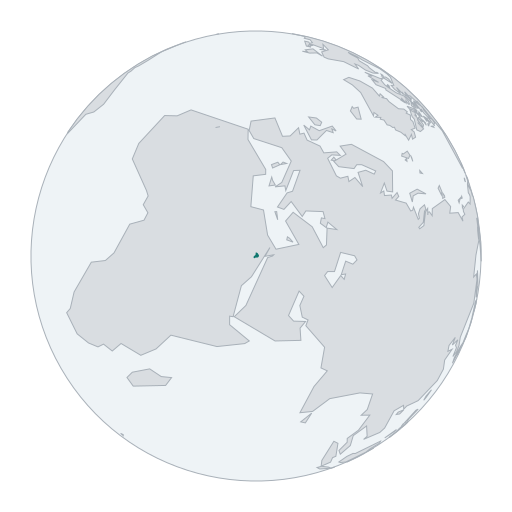 Qina highlighted on a globe, orthographic projection, rotated 60°
{"feature_id": "EGY-1551", "entity_name": "Qina", "entity_type": "Governorate", "adm_level": 1, "iso_a3": "EGY", "parent_name": "Egypt", "parent_adm1": "", "projection": "orthographic", "projection_center": [32.546, 25.704], "detail": "fine", "context": "on_globe", "style": "filled", "palette": "teal", "viewbox_px": 512, "rotation_deg": 60, "n_neighbors": 0, "source": "natural_earth", "source_scale": "10m", "svg_char_len": 10809}
<svg xmlns="http://www.w3.org/2000/svg" viewBox="0 0 512 512"><g transform="rotate(60 256 256)"><circle cx="256" cy="256" r="225" fill="#eef3f6" stroke="#a8b0b8"/><path d="M279.7,32.0L278.9,31.9L278.1,31.8L285.2,32.7L288.7,33.4L278.4,32.0L283.5,33.3L267.4,32.8L240.6,32.1L231.1,33.9L202.0,39.2L204.1,39.4L194.4,42.5L193.2,44.0L188.1,45.2L191.5,45.5L196.4,44.2L199.5,44.1L199.3,45.0L192.8,46.5L191.9,46.2L189.9,47.2L186.8,47.6L188.2,48.0L180.3,50.0L187.6,49.6L181.0,52.6L175.9,53.6L177.1,51.3L168.3,50.2L163.5,51.6L155.5,55.3L139.2,66.0L133.6,68.9L125.6,74.4L128.3,73.4L135.5,68.9L138.6,69.0L147.1,64.2L149.6,63.8L158.1,60.2L156.0,63.3L149.4,68.4L142.3,71.8L139.2,74.3L145.4,73.6L131.5,82.9L121.3,95.0L117.8,97.6L112.1,97.1L113.6,90.3L106.2,92.2L110.2,93.8L101.4,101.1L99.6,103.8L99.6,105.4L102.6,104.0L99.4,107.4L94.3,106.4L97.1,103.3L98.7,103.4L99.4,100.5L95.8,101.0L91.6,105.3L90.7,103.5L87.7,106.7L85.9,108.6L90.7,103.3L82.0,113.1L81.4,113.6L92.0,101.6L103.3,90.4L115.4,80.0L128.2,70.5L141.7,61.9L155.7,54.3L170.2,47.7L185.2,42.1L200.5,37.7L216.1,34.3L231.9,32.0L247.8,30.9L263.8,30.9L279.7,32.0ZM35.6,209.6L35.3,210.8L35.0,212.5L35.6,209.6ZM34.8,213.3L31.9,235.4L32.6,251.5L32.7,262.6L32.3,266.7L33.4,271.8L33.5,275.4L41.4,295.5L48.4,312.1L50.2,324.4L48.2,332.5L55.6,357.6L54.7,357.1L47.8,342.1L42.1,326.7L37.5,311.0L34.1,294.9L31.9,278.7L30.8,262.3L30.9,245.9L32.3,229.5L34.8,213.3ZM158.6,58.9L158.3,59.6L156.9,59.8L158.6,58.9ZM162.6,56.9L161.1,56.8L162.8,55.8L163.6,55.9L162.6,56.9ZM294.5,34.0L296.9,34.5L292.7,33.7L294.5,34.0ZM164.0,57.3L165.9,54.2L168.9,52.7L174.6,51.8L164.0,57.3ZM297.2,34.7L303.3,36.6L307.3,37.2L299.5,37.0L296.9,35.1L291.0,33.8L295.7,34.6L297.2,34.7ZM198.0,43.4L192.9,44.8L197.4,42.8L198.0,43.4ZM200.2,42.2L209.7,37.5L217.3,36.3L212.5,37.9L222.5,36.2L221.5,37.8L215.8,39.2L211.1,39.5L214.3,40.0L200.2,42.2ZM294.2,36.8L294.2,37.3L292.3,36.6L294.2,36.8ZM201.1,43.9L202.4,42.8L209.0,41.7L207.7,43.6L206.0,43.3L201.1,43.9ZM225.6,35.1L230.3,34.8L230.7,36.0L232.6,36.2L222.1,37.8L225.6,35.1ZM204.3,44.1L206.8,44.7L203.5,46.2L200.3,44.9L204.3,44.1ZM211.3,40.6L214.3,40.3L212.2,41.0L211.3,40.6ZM193.0,52.8L194.4,51.1L197.9,50.3L193.0,52.8ZM208.0,44.8L209.2,44.3L210.7,43.9L211.6,44.6L208.0,44.8ZM223.2,38.7L222.4,39.5L227.5,38.1L228.1,39.3L220.9,40.3L224.2,40.4L224.4,40.8L218.4,41.2L223.2,38.7ZM217.3,44.3L208.4,46.6L205.1,49.6L201.8,50.3L207.7,45.4L217.3,44.3ZM218.4,42.4L217.0,43.7L213.7,43.7L212.6,42.9L218.4,42.4ZM231.0,39.8L232.0,37.7L233.5,37.6L231.0,39.8ZM217.0,45.1L219.1,44.6L217.1,45.3L217.0,45.1ZM227.4,41.4L227.6,40.5L229.3,40.4L227.4,41.4ZM223.3,44.4L220.4,45.0L219.6,44.4L223.3,44.4ZM225.7,43.0L228.0,43.1L221.0,43.8L225.5,42.6L225.7,43.0ZM229.0,41.4L230.1,41.1L228.7,41.8L229.0,41.4ZM227.9,46.9L219.3,47.9L217.6,46.3L226.2,45.4L227.9,46.9ZM99.9,301.2L88.7,264.9L95.2,254.2L97.0,239.2L142.3,199.4L151.1,204.7L185.9,204.3L190.1,206.8L185.2,218.3L210.7,235.8L219.9,226.5L243.7,235.5L260.1,235.3L267.4,213.1L240.5,212.9L236.7,202.0L258.8,192.7L282.4,193.6L281.7,189.5L267.4,180.5L273.5,172.8L262.6,176.8L266.5,181.0L259.8,183.9L255.7,180.3L258.1,177.6L251.1,175.7L241.9,190.3L244.9,196.2L226.4,198.3L229.6,208.5L224.3,212.9L216.9,197.5L218.2,192.0L203.8,175.0L200.8,180.7L214.2,197.5L209.7,195.9L205.7,204.9L205.2,196.9L191.4,178.0L175.1,179.5L153.2,199.2L143.9,199.2L136.7,192.8L145.9,170.6L165.6,173.2L169.1,166.4L166.2,155.0L172.4,157.1L173.6,153.0L181.2,153.8L192.8,145.6L200.6,145.7L206.2,134.0L211.0,132.7L206.3,139.8L207.2,145.1L226.8,146.3L230.8,144.0L232.9,136.6L238.0,138.3L237.5,131.1L249.3,128.9L234.6,125.8L236.6,118.1L244.2,112.7L242.2,109.8L229.8,118.8L227.3,123.1L229.3,127.4L220.0,139.7L213.0,141.3L212.8,127.1L202.9,128.2L207.0,117.5L238.0,98.3L250.5,95.3L268.8,105.6L265.3,110.1L257.0,108.4L263.7,116.7L263.6,112.8L267.9,114.5L270.9,108.3L274.1,109.3L271.6,102.1L275.8,102.6L277.3,107.2L285.3,99.5L294.4,99.5L294.7,97.4L292.4,95.2L305.4,97.2L305.0,95.6L300.6,94.2L297.1,90.3L295.9,84.5L300.4,85.5L301.5,87.7L310.5,94.3L312.6,100.7L314.3,100.6L313.6,95.4L302.6,87.2L300.6,83.5L306.4,86.7L304.1,85.2L304.5,83.7L309.2,83.3L303.1,79.6L301.6,64.2L310.5,62.7L315.8,66.8L319.5,59.2L329.3,59.4L325.2,58.0L324.3,54.3L321.2,54.1L319.2,53.2L315.4,45.2L318.0,44.6L311.8,40.9L309.7,40.4L307.4,40.5L299.5,37.0L307.3,37.2L311.6,38.4L313.5,38.3L323.1,41.2L332.0,44.1L341.4,48.3L347.5,50.7L356.0,54.2L373.2,63.6L359.1,56.8L333.3,45.8L343.8,50.0L341.4,49.5L345.1,51.5L352.6,54.8L353.4,54.8L365.1,65.0L383.0,78.0L381.8,74.3L386.6,76.2L405.8,91.0L428.5,119.7L435.1,125.0L439.2,130.2L441.5,135.8L435.7,128.3L433.1,127.8L429.5,123.1L431.3,130.5L426.1,124.1L430.0,133.6L434.5,137.5L434.8,132.8L440.4,144.6L447.7,150.3L454.5,161.3L462.3,187.8L461.3,200.5L462.5,204.6L459.1,202.9L459.1,213.8L469.3,230.6L470.7,237.0L468.6,254.5L467.7,249.9L458.5,245.2L460.2,261.6L467.3,269.1L469.8,282.1L465.9,281.4L462.9,270.2L459.6,268.2L458.1,254.4L450.7,237.0L446.5,244.5L444.6,236.4L433.8,224.0L426.5,234.5L416.4,263.5L418.9,284.7L413.7,296.3L398.0,271.0L391.1,251.7L385.4,255.7L369.3,242.2L341.3,247.7L337.4,242.9L332.1,246.5L320.8,242.8L314.8,234.6L307.9,236.2L323.8,257.6L331.2,256.0L337.5,245.8L340.5,253.9L351.5,259.3L339.1,282.0L297.7,305.2L293.8,289.5L263.2,246.7L264.3,241.6L264.1,241.0L263.8,240.0L260.8,248.3L255.6,239.7L271.7,270.3L274.4,283.5L297.1,306.2L294.9,308.9L302.3,313.2L326.2,304.3L326.2,309.6L314.9,335.1L282.0,369.3L286.5,389.0L284.4,405.4L264.3,416.6L266.4,428.0L256.1,432.1L255.7,438.3L247.6,444.5L234.0,449.8L210.4,448.3L208.6,443.1L196.2,431.5L179.0,401.7L184.6,388.7L182.3,377.4L165.3,349.4L169.0,335.1L164.5,328.0L155.2,328.0L150.1,319.4L144.5,318.1L110.1,314.6L99.9,301.2ZM126.0,222.5L124.5,226.8L126.0,222.5ZM307.2,206.4L321.4,205.8L315.3,192.4L320.3,191.3L316.4,187.4L314.8,191.5L305.3,180.9L311.5,176.2L309.9,170.5L305.1,170.5L295.2,180.9L308.7,195.8L305.3,201.8L307.2,206.4ZM35.3,211.0L34.6,214.5L34.9,212.9L35.3,211.0ZM45.1,176.9L44.2,179.4L44.5,178.4L45.1,176.9ZM101.7,101.2L102.0,101.4L101.3,103.5L100.1,103.6L101.7,101.2ZM107.1,108.1L101.8,113.5L104.8,109.4L102.1,110.2L105.1,103.1L116.2,98.5L110.6,101.7L107.1,108.1ZM112.1,93.2L108.9,97.7L111.9,93.0L112.1,93.2ZM173.0,132.2L175.2,135.2L171.8,139.4L161.9,140.9L166.7,134.7L173.0,132.2ZM179.1,138.6L181.6,125.0L187.8,124.1L183.9,126.8L187.8,127.5L182.5,132.2L186.0,145.2L183.2,149.9L166.5,149.2L173.5,146.6L170.9,143.6L179.1,138.6ZM176.9,97.6L178.1,93.2L190.1,96.5L187.7,100.3L177.6,101.7L174.7,98.0L176.9,97.6ZM173.7,57.1L173.4,56.3L175.2,55.7L176.9,56.0L173.7,57.1ZM193.4,52.1L177.1,60.5L175.8,59.9L167.7,66.4L161.4,67.4L166.9,63.0L155.9,69.0L158.3,65.5L151.2,69.9L164.0,60.0L165.8,57.6L166.3,59.8L172.0,58.9L175.1,57.7L184.9,52.9L191.4,47.8L198.2,46.6L201.3,47.1L200.7,48.1L196.5,48.5L198.8,49.6L192.3,51.0L193.4,52.1ZM233.1,62.0L228.4,60.6L232.0,65.9L225.5,66.1L226.3,66.7L221.3,68.6L216.6,72.1L213.7,71.7L213.1,73.3L209.8,74.8L208.0,76.9L202.3,77.2L199.6,80.0L198.4,78.6L195.4,83.3L195.1,80.0L190.7,82.1L193.4,84.2L166.8,83.6L156.0,87.0L147.1,91.9L147.7,86.3L156.4,78.5L168.8,71.2L179.2,69.2L177.6,67.4L182.1,66.0L181.5,68.0L185.1,64.2L188.7,63.7L199.7,59.0L202.7,54.5L206.8,52.9L207.4,54.5L211.1,51.9L215.0,53.9L218.0,52.9L224.8,54.3L224.2,58.3L227.6,57.0L232.9,58.4L233.1,62.0ZM229.7,47.3L230.4,51.4L227.2,53.7L216.6,50.5L213.4,51.1L206.5,49.7L211.3,46.5L212.8,47.1L215.4,47.0L212.9,48.1L216.9,47.2L219.1,48.1L222.8,47.8L222.0,49.1L229.7,47.3ZM195.5,202.9L198.8,203.8L204.2,203.8L201.8,209.7L195.5,202.9ZM185.7,190.2L188.9,189.8L188.1,197.6L184.6,196.9L185.7,190.2ZM191.2,183.2L189.1,189.1L188.2,185.6L191.2,183.2ZM209.3,139.2L212.7,138.6L212.8,140.4L210.6,142.9L209.3,139.2ZM242.3,79.9L240.2,78.1L241.3,77.4L240.8,72.6L245.6,72.3L247.8,75.1L242.3,79.9ZM262.5,217.0L257.4,221.3L255.1,219.2L257.3,218.1L262.5,217.0ZM227.9,215.9L235.5,219.1L227.1,217.5L227.9,215.9ZM247.4,78.8L246.7,76.7L249.5,77.9L247.4,78.8ZM249.0,72.0L252.5,72.9L246.1,71.8L249.0,72.0ZM344.3,460.3L345.2,460.8L341.9,461.9L344.3,460.3ZM322.9,399.0L307.3,427.4L296.7,428.5L294.8,421.2L300.6,404.5L313.0,398.4L319.1,389.9L322.9,399.0ZM478.0,294.4L477.3,297.6L477.8,295.1L478.1,293.4L478.0,294.4ZM477.3,297.1L472.3,307.3L469.7,308.9L470.9,304.4L475.1,298.7L477.3,297.1ZM470.6,304.7L465.9,301.1L455.4,281.2L459.2,278.7L469.4,287.0L468.9,290.5L471.8,294.5L470.6,304.7ZM480.0,271.5L479.3,281.1L477.1,286.1L475.8,287.2L475.0,277.5L475.5,270.7L476.7,268.7L478.6,240.7L479.9,242.6L480.0,253.4L480.8,258.9L480.0,271.5ZM419.9,286.3L425.2,296.7L422.0,300.2L419.9,286.3ZM477.2,223.6L477.9,235.5L476.5,221.1L477.2,223.6ZM475.1,211.1L476.1,215.2L474.9,212.4L475.1,211.1ZM464.6,210.6L463.4,213.8L462.3,210.9L463.1,205.0L464.6,210.6ZM459.6,170.9L463.6,179.5L464.8,182.9L462.3,178.7L459.6,170.9ZM287.2,77.7L282.6,84.3L282.5,89.8L287.4,93.6L278.5,91.5L278.7,83.0L287.2,77.7ZM299.4,65.5L295.0,62.8L298.1,62.6L299.6,63.2L299.4,65.5ZM295.9,64.9L288.3,64.4L286.6,62.0L293.0,62.8L295.9,64.9ZM267.8,70.6L266.1,72.5L263.8,71.4L267.8,70.6ZM481.1,263.7L481.1,264.5L481.1,264.8L480.9,268.8L481.0,268.0L480.7,272.0L480.0,279.8L479.9,280.4L480.5,272.4L481.0,260.1L481.1,254.2L481.2,250.0L481.2,252.1L481.1,259.2L481.1,263.7L481.2,260.6L481.1,263.7ZM479.9,231.2L479.1,226.5L479.5,231.6L477.7,216.8L478.7,222.3L479.9,231.2ZM477.6,217.4L478.0,222.0L476.9,213.9L477.6,217.4ZM477.5,220.1L476.4,215.3L476.7,214.3L477.5,220.1ZM477.6,216.5L475.7,207.5L476.8,211.7L477.6,216.5ZM473.4,204.8L475.8,209.4L474.6,210.6L469.5,194.5L469.7,192.1L473.4,204.8ZM442.4,131.4L439.6,127.7L438.3,125.1L440.6,128.3L442.4,131.4ZM431.5,114.9L437.0,123.3L441.0,130.9L442.1,131.6L447.1,139.5L443.0,134.8L436.7,124.4L434.5,120.0L429.7,113.9L425.4,108.1L419.4,101.9L416.0,98.2L420.8,102.7L431.5,114.9ZM416.8,99.4L404.8,88.3L404.4,87.0L407.0,89.1L412.7,94.6L412.5,94.9L416.8,99.4ZM401.8,85.4L401.5,85.8L383.2,74.1L379.2,71.4L393.0,78.7L393.5,79.6L398.0,83.0L401.8,85.4ZM296.6,37.7L294.4,37.4L295.8,37.2L296.6,37.7ZM317.6,53.2L315.0,51.9L316.7,51.5L317.6,53.2ZM309.0,48.5L308.8,49.8L307.1,48.0L309.0,48.5ZM308.8,53.0L307.9,50.1L311.5,53.5L308.8,53.0Z" fill="#d9dde1" stroke="#a8b0b8" stroke-width="1"/><path d="M254.6,253.9L254.6,254.0L254.8,254.2L254.9,254.3L255.0,254.3L255.2,254.2L255.3,254.2L256.0,253.8L256.3,253.8L256.5,253.8L256.8,253.9L256.9,254.0L257.0,254.1L257.2,254.3L257.3,254.5L257.4,254.9L257.4,255.1L257.3,255.3L257.1,255.8L256.6,256.3L256.4,256.5L256.3,256.8L256.3,257.1L256.3,257.4L256.4,257.5L256.5,257.6L256.5,257.8L256.5,258.0L256.4,258.1L256.0,257.9L255.9,257.8L255.9,257.7L255.8,257.0L255.6,256.6L255.6,256.4L255.8,256.2L256.3,255.8L256.4,255.7L256.5,255.5L256.5,255.3L256.5,255.2L256.7,254.9L256.7,254.7L256.6,254.4L256.4,254.4L256.2,254.5L255.3,254.8L255.0,254.9L254.9,255.0L254.8,254.9L254.7,254.9L253.9,254.3L254.0,254.2L254.3,254.1L254.5,253.9L254.6,253.9ZM256.4,256.1L256.4,255.9L256.3,256.1L256.4,256.1Z" fill="#14b8a6" stroke="#0f766e" stroke-width="1.5"/></g></svg>